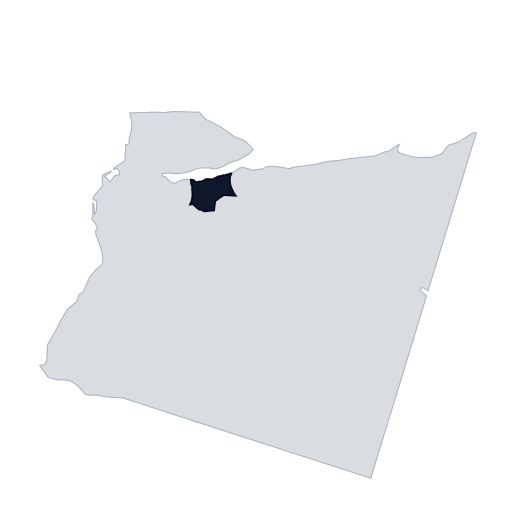 Ras Gharib, Al Bahr al Ahmar, Egypt shown in context, rotated 287°
{"feature_id": "37247803B82534825994477", "entity_name": "Ras Gharib", "entity_type": "district", "adm_level": 2, "iso_a3": "EGY", "parent_name": "Egypt", "parent_adm1": "Al Bahr al Ahmar", "projection": "natural_earth1", "projection_center": [32.75, 28.506], "detail": "fine", "context": "in_parent", "style": "filled", "palette": "ink", "viewbox_px": 512, "rotation_deg": 287, "n_neighbors": 0, "source": "geoboundaries", "source_scale": "gbopen_adm2", "svg_char_len": 5673}
<svg xmlns="http://www.w3.org/2000/svg" viewBox="0 0 512 512"><g transform="rotate(287 256 256)"><path d="M438.1,430.7L428.2,430.7L418.2,430.7L408.3,430.7L398.3,430.7L388.3,430.7L378.4,430.7L368.4,430.7L358.4,430.7L348.5,430.7L338.5,430.7L328.6,430.7L318.6,430.7L308.6,430.7L298.7,430.7L288.7,430.7L278.8,430.7L273.1,430.7L274.0,427.5L274.6,425.2L274.0,423.7L272.0,423.3L270.8,423.8L267.8,430.5L266.2,430.8L262.7,430.8L251.1,430.8L239.5,430.8L227.9,430.8L216.3,430.8L204.7,430.8L193.1,430.8L181.5,430.8L169.9,430.8L158.3,430.8L146.7,430.8L135.1,430.8L123.5,430.7L111.9,430.7L100.3,430.7L88.7,430.7L77.1,430.7L77.2,422.6L77.3,414.5L77.5,406.4L77.6,398.3L77.7,390.1L77.8,382.0L77.9,373.9L78.1,365.8L78.2,357.7L78.3,349.5L78.4,341.4L78.6,333.3L78.7,325.2L78.8,317.0L79.0,308.9L79.1,300.8L79.2,292.7L79.4,284.5L79.5,276.4L79.6,268.3L79.8,260.2L79.9,252.0L80.0,243.9L80.2,235.8L80.3,227.6L80.5,219.5L80.6,211.4L80.8,203.3L80.9,195.1L81.1,187.0L81.2,178.9L81.4,170.7L81.2,169.2L79.6,163.7L78.2,156.7L76.8,148.1L76.6,145.3L74.1,136.4L73.9,133.8L74.6,132.1L79.2,124.6L80.7,120.9L81.9,116.6L82.3,113.0L81.1,107.6L79.7,102.7L79.3,97.7L79.1,92.8L81.5,89.5L84.3,86.3L85.4,84.4L87.0,82.2L88.2,81.2L90.3,85.6L94.9,86.4L110.1,82.5L126.8,86.4L136.0,87.9L150.1,91.3L158.7,97.2L161.0,98.0L167.2,97.9L171.3,101.4L187.5,103.1L196.1,107.0L201.0,110.1L203.9,111.1L206.5,110.9L210.1,109.7L214.5,107.6L219.4,104.5L229.5,96.7L233.0,95.3L235.3,95.7L238.1,95.6L239.3,93.5L240.8,92.0L241.8,90.4L243.3,88.4L248.5,87.8L259.0,84.4L257.8,86.0L248.3,89.8L252.3,90.3L256.5,89.0L261.3,88.2L262.1,86.6L262.8,83.5L263.7,83.1L267.0,83.7L276.7,88.3L279.2,88.4L286.1,85.9L287.5,85.3L289.8,86.8L294.8,92.6L293.1,92.5L287.6,87.5L287.1,90.0L284.0,94.3L287.9,96.2L291.0,96.9L292.7,99.4L293.8,101.6L296.9,100.6L299.1,97.7L298.0,96.0L297.2,94.3L298.2,94.3L300.4,95.7L306.6,101.3L308.7,102.4L311.1,102.3L316.1,100.7L317.5,100.9L324.3,98.8L325.1,100.4L326.2,101.9L331.6,100.2L340.2,100.2L347.2,98.4L355.3,93.9L355.9,93.3L356.3,94.4L357.3,97.4L359.8,105.1L362.0,111.2L364.7,119.5L365.5,122.8L365.9,125.0L369.7,134.2L372.0,141.8L373.7,147.9L376.1,156.9L377.2,160.0L375.5,161.7L372.2,167.5L368.7,186.1L363.7,200.6L363.2,209.7L362.4,212.9L359.9,217.5L357.0,222.1L351.8,219.7L343.2,211.8L338.2,204.3L332.9,199.4L327.9,193.0L326.5,188.3L326.6,185.4L324.3,178.1L322.7,174.7L316.6,167.0L314.8,162.8L313.5,161.0L312.2,158.4L309.9,148.4L307.5,142.1L304.8,143.8L305.3,146.5L302.8,150.2L301.4,154.5L302.5,158.0L307.5,163.3L308.5,165.7L309.7,170.7L309.5,177.6L310.3,179.9L314.0,185.1L315.4,188.1L316.2,190.7L317.4,193.1L321.2,197.5L326.5,206.0L331.6,211.7L335.3,214.5L336.9,217.2L337.2,224.3L337.0,227.7L340.2,234.1L341.4,237.4L344.5,240.0L346.0,243.0L347.3,247.9L349.3,262.4L352.0,266.0L360.5,285.0L367.6,297.1L371.1,306.1L376.4,317.0L386.8,341.1L393.0,348.5L395.4,352.7L399.9,355.9L404.7,360.5L400.1,360.1L399.0,360.4L397.4,361.1L396.6,364.0L396.3,366.3L396.9,378.4L398.2,384.6L402.3,396.4L405.4,399.9L406.8,402.2L408.9,403.9L418.5,407.9L424.2,416.3L436.8,427.1L438.1,430.0L438.1,430.7Z" fill="#d9dde1" stroke="#a8b0b8" stroke-width="1"/><path d="M285.7,177.6L286.9,180.7L285.7,183.3L284.7,185.3L284.5,185.6L283.8,187.8L283.6,188.5L284.2,190.7L283.3,193.1L284.4,196.0L286.1,199.8L287.2,202.7L287.3,202.7L292.5,201.8L296.2,201.1L296.3,201.0L300.9,204.3L304.7,207.5L305.1,209.1L305.1,209.3L306.6,214.9L306.9,216.8L307.3,217.9L307.5,218.7L307.6,218.8L307.7,219.2L309.7,216.6L314.8,212.0L317.9,210.1L321.3,208.8L324.4,208.2L328.4,208.5L328.1,208.5L327.8,208.4L327.6,208.2L327.7,207.8L327.7,207.5L327.6,207.3L327.3,206.9L327.0,206.7L326.7,206.3L326.5,206.0L326.3,205.8L326.2,205.7L325.9,205.2L325.7,205.0L325.5,204.9L325.3,204.6L325.4,204.3L325.2,204.1L325.2,203.8L325.1,203.7L325.0,203.4L324.8,203.4L324.5,203.3L324.3,203.0L324.2,203.0L324.2,202.8L324.2,202.6L323.9,202.1L323.8,201.8L323.8,201.5L323.8,201.1L323.8,200.9L323.8,200.7L323.6,200.5L323.4,200.4L323.2,200.3L323.1,200.2L322.9,200.0L322.9,199.9L322.7,199.6L322.5,199.4L322.4,199.2L322.1,198.7L321.9,198.3L321.8,197.9L321.7,197.6L321.5,197.2L321.4,196.9L321.2,196.6L321.0,196.4L320.9,196.4L320.6,196.1L320.6,195.9L320.6,195.7L320.3,195.7L320.1,195.7L319.9,195.6L319.8,195.4L319.5,195.0L319.3,194.7L318.9,194.1L318.7,193.8L318.5,193.5L318.2,193.4L317.8,193.2L317.5,193.1L317.3,193.1L316.9,192.9L316.7,192.8L316.6,192.7L316.6,192.3L316.6,192.1L316.6,191.9L316.6,191.6L316.6,191.3L316.5,191.1L316.5,190.9L316.4,190.8L316.4,190.5L316.4,190.3L316.2,190.1L316.2,189.9L316.1,189.7L315.9,189.5L315.9,189.3L315.9,189.2L315.9,188.9L316.0,188.8L315.9,188.4L315.8,188.2L315.6,188.0L315.5,187.6L315.5,187.4L315.6,187.2L315.5,186.9L315.4,186.8L315.3,186.6L315.2,186.4L315.2,186.1L315.0,185.7L314.9,185.4L314.7,185.1L314.5,184.9L314.1,184.7L313.4,184.5L313.3,184.4L313.2,184.3L313.0,184.2L312.9,183.8L312.8,183.4L312.6,183.1L312.4,182.9L312.2,182.8L311.9,182.6L311.7,182.5L311.5,182.3L311.4,182.1L311.3,181.8L311.2,181.6L311.1,181.3L311.0,181.0L311.0,180.7L310.9,180.3L310.7,179.9L310.5,179.5L310.2,179.0L310.1,178.9L309.9,178.7L309.5,178.3L309.4,178.0L309.3,177.8L309.3,177.5L309.3,177.2L309.4,176.9L309.5,176.7L309.4,176.5L309.4,176.4L309.5,176.3L309.6,176.2L309.5,175.8L309.3,175.5L309.4,175.2L309.5,175.1L309.8,174.9L309.8,174.7L309.9,174.9L310.0,175.0L310.1,174.9L310.1,174.7L310.3,174.4L310.5,174.1L310.5,173.9L310.5,173.6L310.5,173.4L310.4,173.1L310.3,172.9L310.1,172.4L310.1,172.0L310.1,171.9L310.1,171.7L310.0,171.4L310.0,171.2L305.8,172.9L305.2,173.3L304.9,173.8L304.1,174.1L303.9,174.3L303.7,174.5L303.3,174.8L303.0,174.9L302.9,174.9L301.9,175.0L300.4,175.5L298.8,176.2L295.4,177.4L292.8,177.9L289.6,178.2L285.7,177.6Z" fill="#0f172a" stroke="#020617" stroke-width="1.5"/></g></svg>